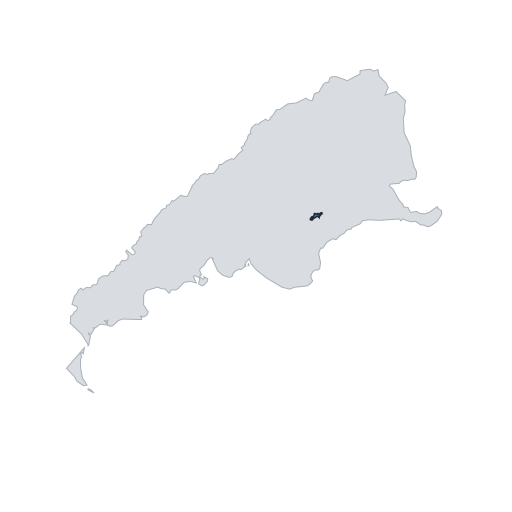 location of San Lorenzo, Santa Fe, Argentina, rotated 47°
{"feature_id": "61730980B18182396698532", "entity_name": "San Lorenzo", "entity_type": "district", "adm_level": 2, "iso_a3": "ARG", "parent_name": "Argentina", "parent_adm1": "Santa Fe", "projection": "orthographic", "projection_center": [-60.967, -32.936], "detail": "fine", "context": "in_parent", "style": "filled", "palette": "slate", "viewbox_px": 512, "rotation_deg": 47, "n_neighbors": 0, "source": "geoboundaries", "source_scale": "gbopen_adm2", "svg_char_len": 5248}
<svg xmlns="http://www.w3.org/2000/svg" viewBox="0 0 512 512"><g transform="rotate(47 256 256)"><path d="M306.1,149.1L302.9,154.3L303.5,157.9L300.5,166.3L301.2,168.0L298.9,171.9L299.5,176.3L298.3,180.4L298.7,185.7L297.8,187.2L295.8,187.6L294.3,194.9L295.8,202.0L294.3,203.3L296.9,208.5L304.7,213.2L308.6,217.9L308.7,219.8L306.5,222.6L306.2,225.0L307.2,228.3L309.2,230.4L313.0,231.7L313.3,236.3L312.5,239.3L305.0,249.4L303.3,253.9L296.5,258.3L279.3,263.3L266.0,265.3L258.4,264.9L253.4,262.8L253.9,268.7L256.4,270.4L255.1,270.5L256.2,271.5L255.7,276.3L254.1,277.3L253.0,281.3L253.1,284.7L254.7,287.5L253.2,290.4L247.6,293.4L241.0,294.2L228.5,290.0L229.0,289.2L228.3,289.0L226.3,290.0L225.7,294.0L227.3,300.0L227.2,305.3L228.0,307.0L232.5,308.8L232.2,310.9L233.7,311.1L236.8,310.5L237.1,308.8L235.5,308.2L239.7,306.8L241.4,308.9L241.7,314.3L241.0,315.8L237.7,316.9L236.7,316.6L234.7,312.9L233.1,312.2L228.5,314.4L228.0,315.6L235.0,318.1L230.1,321.1L226.3,326.3L226.7,335.5L225.9,338.1L223.4,340.6L223.0,342.4L224.0,343.4L223.7,345.1L218.5,344.8L215.0,347.8L211.8,349.0L206.5,359.6L207.8,364.6L215.0,371.5L223.4,373.0L224.6,375.4L224.5,378.2L223.6,380.0L220.7,381.7L223.3,381.6L224.5,383.0L211.0,396.7L209.4,400.6L209.3,408.4L208.3,410.1L205.6,411.8L203.5,410.3L201.6,407.6L201.9,409.9L199.3,411.0L202.6,410.8L204.3,412.6L200.2,415.7L199.2,418.4L199.1,422.0L197.7,424.1L198.9,423.6L200.9,430.5L197.6,431.2L201.9,432.0L207.4,439.6L207.0,440.2L206.8,439.4L194.3,436.8L178.0,437.8L178.0,436.8L173.6,432.9L174.0,429.8L173.0,427.3L173.4,424.9L172.4,422.1L170.9,421.4L165.9,423.6L161.6,416.3L161.2,412.1L159.8,409.5L160.2,406.0L162.9,405.5L163.2,401.8L166.3,398.6L165.8,395.1L167.7,392.9L168.0,391.1L165.3,386.8L166.1,381.8L169.4,377.6L168.4,372.9L170.2,370.4L167.8,364.3L169.6,361.4L168.3,360.0L167.9,356.7L170.0,355.6L170.9,351.8L168.2,348.8L164.0,348.3L163.5,346.6L171.0,345.7L171.6,343.0L170.9,341.5L165.1,341.3L164.7,337.7L165.6,335.3L164.2,333.1L164.4,331.0L162.5,328.0L163.8,326.4L159.6,323.6L158.9,318.2L159.6,316.8L158.7,314.0L161.8,310.9L159.6,305.9L158.7,296.0L157.8,293.4L159.5,289.1L158.0,286.6L159.4,284.4L158.2,279.4L159.9,278.7L160.3,269.8L164.6,266.8L165.4,265.0L161.0,254.2L160.9,250.0L160.0,248.1L160.6,245.6L159.4,242.1L160.4,237.7L163.4,235.7L163.6,234.2L166.6,231.0L165.8,223.9L164.0,220.4L165.6,218.9L166.2,213.3L168.2,207.4L170.3,206.2L169.3,199.7L169.6,193.7L166.6,192.9L166.9,188.6L165.8,187.7L164.8,183.3L162.6,179.6L162.3,177.8L163.3,176.6L161.0,175.2L159.2,171.8L159.2,168.4L159.4,166.1L161.6,164.2L161.1,162.7L162.5,155.7L164.9,155.1L166.0,152.6L164.6,151.4L164.6,147.3L163.0,141.5L165.1,138.4L166.4,129.1L171.5,122.2L174.7,111.7L177.7,111.3L180.7,108.9L177.1,102.5L179.0,98.2L176.3,89.6L176.8,86.2L178.5,84.2L176.2,81.0L176.7,78.2L179.7,74.9L190.2,69.5L193.8,55.7L191.4,53.5L197.0,45.3L201.2,43.7L202.8,39.6L208.5,43.2L218.0,42.9L222.8,44.3L226.4,52.0L231.2,41.4L244.4,40.7L247.2,44.5L252.2,48.6L255.8,54.4L266.7,63.5L280.6,68.0L289.0,74.3L298.9,79.7L303.7,81.0L307.4,84.8L308.2,87.5L306.0,89.6L304.3,93.7L301.6,95.9L300.4,98.5L300.5,101.8L295.3,108.3L295.4,110.7L300.6,110.3L313.0,113.3L318.9,113.5L320.8,114.7L324.2,111.8L329.4,113.3L333.0,108.1L336.5,107.2L340.3,103.8L342.3,99.3L343.5,89.7L345.5,90.5L349.0,89.4L352.1,91.5L354.2,99.8L353.2,107.6L351.6,110.7L347.8,112.2L345.7,114.3L339.7,115.6L336.3,119.6L328.8,123.7L329.2,126.1L326.8,125.8L314.0,141.5L306.1,149.1ZM208.9,471.2L206.0,444.0L209.7,449.1L208.1,448.9L207.9,451.5L210.6,451.9L212.1,455.0L218.3,460.7L227.0,466.2L235.2,467.6L233.2,470.6L225.4,472.4L220.6,471.1L208.9,471.2ZM238.6,469.3L240.9,468.1L245.7,467.8L239.5,470.2L238.6,469.3ZM257.9,267.2L257.8,268.4L255.9,266.6L257.9,267.2Z" fill="#d9dde1" stroke="#a8b0b8" stroke-width="1"/><path d="M269.8,179.1L269.6,179.1L269.5,178.9L269.4,178.9L269.4,178.7L269.5,178.6L269.4,178.4L269.3,178.5L269.2,178.5L268.9,178.7L268.9,178.8L268.8,179.0L268.7,179.2L268.8,179.2L268.8,179.3L268.8,179.5L268.9,179.8L268.9,180.0L268.9,180.3L269.0,180.3L268.9,180.4L269.0,180.4L269.0,180.5L269.2,180.8L269.2,181.0L269.3,181.0L269.2,181.0L268.9,181.2L268.8,181.3L268.7,181.4L268.7,181.5L268.4,181.4L268.3,181.5L268.2,181.5L267.9,181.5L267.7,181.6L267.4,181.7L267.4,181.8L267.3,181.7L267.2,181.7L267.2,181.8L267.0,182.0L266.9,182.3L266.8,182.5L266.7,182.6L266.6,182.8L266.6,182.7L266.6,182.8L266.5,183.0L266.4,183.2L266.4,183.3L266.2,183.4L266.0,183.5L265.9,183.5L265.7,183.6L265.4,183.7L265.4,183.8L265.2,183.9L265.2,184.0L264.9,184.3L265.0,184.4L264.9,184.4L264.9,184.5L266.5,187.0L266.0,187.9L265.8,187.9L265.7,187.9L265.5,188.0L265.7,188.9L265.4,188.9L265.4,189.0L266.1,190.2L265.7,190.5L266.4,191.5L266.5,191.5L266.6,191.4L266.8,191.3L266.8,191.2L267.0,191.2L267.3,191.1L267.4,190.9L267.5,190.8L267.6,190.7L267.8,190.7L268.0,190.4L267.6,189.6L267.2,189.1L267.4,189.1L267.2,188.9L267.4,188.4L267.8,188.5L267.8,188.4L267.8,188.2L267.8,187.9L268.0,187.7L268.5,185.4L268.7,184.3L269.3,183.9L269.2,183.6L269.3,183.5L269.6,183.6L270.1,183.6L271.0,183.6L270.8,183.4L270.6,183.2L270.3,182.8L270.3,182.5L270.3,182.2L270.3,181.7L270.2,181.3L270.1,181.2L270.0,180.9L269.9,180.8L269.9,180.7L270.0,180.3L270.0,180.2L270.0,179.9L269.9,179.7L269.7,179.4L269.7,179.2L269.8,179.1Z" fill="#64748b" stroke="#1e293b" stroke-width="1.5"/></g></svg>